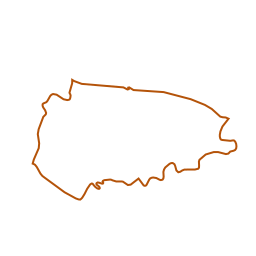 outline of Bari, rotated 346°
{"feature_id": "ITA-5403", "entity_name": "Bari", "entity_type": "Province", "adm_level": 1, "iso_a3": "ITA", "parent_name": "Italy", "parent_adm1": "", "projection": "albers", "projection_center": [16.754, 40.964], "detail": "fine", "context": "isolated", "style": "outline", "palette": "amber", "viewbox_px": 256, "rotation_deg": 346, "n_neighbors": 0, "source": "natural_earth", "source_scale": "10m", "svg_char_len": 1935}
<svg xmlns="http://www.w3.org/2000/svg" viewBox="0 0 256 256"><g transform="rotate(346 128 128)"><path d="M85.5,67.8L87.2,69.5L93.8,74.0L133.4,87.5L136.8,90.5L138.0,90.5L138.0,88.9L139.0,88.9L142.5,92.5L171.3,101.8L195.8,115.2L208.2,124.2L213.9,129.8L220.3,139.3L222.5,140.5L225.3,141.4L227.8,143.3L220.0,149.4L216.9,153.6L215.4,156.9L215.0,158.7L215.0,160.7L215.5,161.8L216.5,162.4L224.2,165.2L226.8,165.4L227.8,165.7L228.7,167.1L229.1,169.5L228.8,172.0L228.0,174.0L226.7,175.2L225.0,175.6L221.5,175.6L219.2,177.1L216.7,177.0L209.7,173.2L205.3,172.1L197.0,172.5L189.7,176.1L188.7,177.7L187.9,181.6L187.3,183.6L186.3,184.5L183.0,184.5L172.7,182.0L170.4,182.3L168.1,183.1L166.1,183.1L164.7,180.9L164.6,176.4L164.3,174.4L162.9,172.8L161.4,172.5L159.7,172.8L154.6,175.3L152.9,177.0L151.7,179.2L150.8,183.9L150.1,185.5L149.0,186.5L147.3,186.5L146.2,185.9L143.4,183.4L140.4,182.1L138.8,182.0L137.3,182.3L136.1,183.2L132.2,187.7L131.3,188.2L130.4,188.2L129.3,187.5L126.0,179.6L116.9,183.6L114.1,183.3L110.5,179.3L110.0,178.8L108.8,178.3L103.6,177.0L100.1,174.9L99.5,174.3L98.2,173.7L92.4,172.9L91.0,173.2L90.4,173.8L90.6,174.5L90.7,175.3L90.3,175.8L89.5,175.8L86.4,173.9L85.3,173.5L84.2,173.9L83.8,174.5L83.8,175.2L84.2,175.8L85.5,177.5L85.9,178.2L86.1,178.8L86.0,179.6L85.5,180.0L84.7,179.9L83.6,179.2L82.1,177.4L80.9,175.2L80.4,173.9L80.0,173.4L79.4,173.1L78.5,173.3L77.9,173.5L77.4,173.8L73.7,177.1L69.9,181.5L66.8,184.5L65.6,185.3L64.3,185.9L62.7,185.3L60.3,183.7L50.9,175.0L35.0,155.9L33.3,153.8L32.0,151.0L30.1,143.9L29.5,142.5L28.9,141.2L28.1,140.4L26.9,139.5L29.0,135.8L36.5,126.0L38.1,121.4L39.0,112.1L41.0,107.6L48.5,96.7L51.5,94.9L52.2,93.6L51.9,90.8L50.7,87.5L50.5,85.8L50.9,84.3L51.8,83.7L55.0,83.2L56.4,82.2L60.3,78.1L61.8,77.2L63.5,76.9L66.8,78.4L72.4,84.5L75.8,86.2L77.2,86.3L78.1,86.2L78.8,85.6L79.6,84.1L80.2,82.4L80.1,81.2L79.8,80.4L79.8,79.5L84.7,71.0L85.5,67.8Z" fill="none" stroke="#b45309" stroke-width="2"/></g></svg>